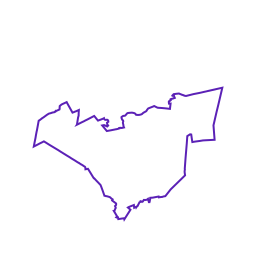 outline of General Zuazua, Nuevo León, Mexico, rotated 31°
{"feature_id": "50627088B30603722268617", "entity_name": "General Zuazua", "entity_type": "district", "adm_level": 2, "iso_a3": "MEX", "parent_name": "Mexico", "parent_adm1": "Nuevo León", "projection": "albers", "projection_center": [-100.161, 25.925], "detail": "fine", "context": "isolated", "style": "outline", "palette": "violet", "viewbox_px": 256, "rotation_deg": 31, "n_neighbors": 0, "source": "geoboundaries", "source_scale": "gbopen_adm2", "svg_char_len": 5377}
<svg xmlns="http://www.w3.org/2000/svg" viewBox="0 0 256 256"><g transform="rotate(31 128 128)"><path d="M48.0,168.6L49.3,172.0L51.2,177.1L51.5,178.1L52.8,181.6L53.8,184.1L55.5,188.9L56.8,192.4L57.1,191.9L58.3,190.0L59.0,188.9L60.0,187.2L62.0,184.1L62.8,182.8L63.1,182.8L64.9,182.8L69.4,182.9L72.0,182.9L76.6,182.9L79.7,182.9L82.5,183.0L89.5,183.1L93.1,183.1L94.9,183.2L97.0,183.2L99.1,183.2L101.8,183.3L102.3,183.3L102.7,183.3L103.1,183.3L103.7,183.2L103.8,183.2L104.1,183.2L104.2,183.3L104.5,183.3L104.9,183.3L105.4,183.3L106.0,183.3L106.3,183.4L107.0,183.3L108.7,183.3L109.2,183.4L111.0,183.4L111.3,183.5L111.5,183.6L111.7,183.8L111.9,184.0L112.0,184.2L112.3,184.5L112.8,185.3L114.7,183.6L119.0,185.8L121.1,186.9L123.0,187.9L124.6,188.7L124.9,188.5L126.9,189.1L128.3,189.5L130.2,190.0L133.8,191.0L135.4,192.2L138.0,194.3L142.7,198.2L143.1,198.0L143.6,197.9L144.1,197.8L144.4,197.6L144.7,197.5L145.0,197.4L146.0,197.1L146.4,197.0L146.8,196.9L147.6,196.7L147.9,196.7L148.5,196.6L149.5,196.9L149.9,197.0L150.0,197.0L151.4,197.1L151.6,197.1L151.7,198.3L152.7,198.4L156.5,198.8L156.8,199.0L157.0,199.2L157.1,199.5L157.3,199.9L157.4,200.2L157.1,201.6L158.1,202.3L158.4,202.5L158.7,203.1L158.7,204.2L158.9,205.3L159.1,206.0L158.6,206.4L164.4,209.5L164.0,210.6L164.3,210.6L165.5,209.8L166.6,211.1L167.0,210.8L167.3,210.5L167.9,210.0L168.3,209.7L169.1,209.0L171.1,207.4L171.9,208.2L172.2,196.8L168.9,196.2L169.4,195.3L171.3,192.8L171.8,192.2L172.7,191.0L174.4,193.2L175.6,191.3L175.9,191.6L175.9,191.2L176.3,190.4L176.4,190.1L176.1,185.7L176.6,185.1L177.1,184.5L177.6,184.1L177.4,184.0L177.7,183.9L178.1,184.0L178.3,183.4L178.4,183.2L178.6,183.1L178.6,181.5L179.9,180.8L181.2,179.7L181.4,178.9L181.6,178.4L184.1,180.8L184.6,180.5L184.3,179.4L184.0,178.8L183.8,178.1L183.7,177.7L183.4,177.2L183.0,176.4L183.8,175.8L184.9,175.1L186.7,173.5L189.6,170.9L189.9,171.1L190.2,171.5L191.8,170.2L192.1,170.0L192.2,169.9L193.0,169.3L193.5,168.6L193.7,168.4L195.1,167.2L196.2,158.6L201.3,139.2L199.6,137.1L198.9,136.1L198.4,135.0L198.2,134.4L197.6,133.6L192.7,123.9L186.3,110.9L183.0,104.4L184.3,101.8L184.5,101.4L184.9,101.4L185.2,101.3L185.3,101.2L185.0,100.4L185.7,101.2L189.1,105.4L190.4,106.9L191.3,106.1L193.1,104.6L196.0,102.3L198.7,100.0L208.3,93.5L199.9,81.7L195.6,68.5L193.5,61.7L188.1,44.9L170.9,61.4L166.8,65.1L161.3,70.6L160.2,71.1L159.3,71.3L158.8,71.4L158.7,71.3L158.4,71.4L158.0,71.5L157.7,71.5L157.4,71.7L156.6,71.8L155.8,71.9L155.3,72.0L154.8,72.1L153.9,72.2L153.3,72.7L152.7,73.1L152.3,73.4L151.8,73.8L150.2,75.1L149.7,75.5L149.4,77.2L149.3,77.4L149.4,77.5L149.5,77.5L149.9,76.9L150.2,76.6L150.4,76.3L150.6,76.5L151.1,77.0L151.7,77.5L152.6,78.1L151.7,79.2L149.8,81.2L149.7,81.4L149.6,81.6L149.7,81.8L149.8,82.0L150.3,82.3L150.1,82.8L149.8,83.5L149.4,83.9L149.5,84.6L150.6,86.0L151.9,85.1L154.1,90.0L153.2,90.4L150.1,91.8L147.6,93.0L145.4,94.1L144.1,94.8L143.2,95.2L142.8,95.4L142.7,95.4L139.1,95.7L138.3,96.9L137.5,97.9L135.5,100.5L135.2,101.0L135.1,101.8L135.0,102.7L135.0,103.5L135.0,104.0L134.9,104.3L134.7,104.7L134.4,105.1L134.1,105.8L133.6,106.5L133.2,107.4L132.8,108.8L132.5,109.3L132.1,109.8L131.1,110.8L130.4,111.3L129.8,111.7L129.4,111.9L128.4,112.4L128.1,112.5L128.0,112.4L127.6,112.3L127.2,112.1L126.8,112.0L126.6,112.0L126.2,112.0L125.9,112.0L125.5,112.1L125.1,112.2L124.8,112.3L124.3,112.5L124.0,112.6L123.5,112.8L122.9,113.2L121.9,113.9L120.7,114.8L120.0,115.4L119.8,115.8L119.6,116.3L119.6,116.7L119.3,118.4L119.2,118.7L119.1,118.9L119.0,119.1L118.6,119.4L117.9,119.9L117.6,120.2L117.2,121.0L116.8,122.0L117.1,122.5L117.3,122.7L117.6,123.0L117.8,123.2L118.1,123.4L118.6,123.8L118.8,123.9L119.1,124.0L119.6,124.0L119.9,124.1L120.0,124.2L120.4,124.6L120.5,124.8L120.6,125.0L120.6,125.3L120.7,125.6L120.8,125.9L121.2,126.5L121.8,127.1L122.2,127.5L122.5,127.8L122.8,128.3L123.1,128.6L123.6,129.1L124.0,129.4L124.3,129.6L122.5,131.3L121.9,131.5L121.3,131.8L121.2,132.0L120.9,132.1L120.5,132.5L120.8,132.8L119.8,133.9L119.7,134.0L118.5,135.2L118.3,135.3L116.9,136.6L115.9,137.5L114.6,138.7L111.4,141.5L108.9,140.6L104.6,139.1L106.0,137.8L109.4,137.4L109.7,136.1L108.4,135.6L107.3,134.3L107.8,133.0L107.9,132.8L107.8,132.7L107.6,132.3L107.4,132.1L107.2,131.9L106.8,131.7L106.5,131.6L106.2,131.6L105.8,131.7L105.6,131.8L105.4,132.0L104.7,132.5L104.3,132.7L103.9,132.8L103.5,132.7L102.9,132.6L102.5,132.4L102.3,132.1L101.8,132.9L101.4,133.4L100.1,135.1L99.1,136.3L98.5,137.1L96.4,136.4L94.3,135.6L92.8,135.1L90.6,138.7L88.5,142.1L87.5,143.6L86.9,144.7L85.3,147.1L83.3,150.3L82.5,151.5L82.5,151.4L79.8,144.7L79.3,142.8L79.1,142.5L77.8,140.2L76.6,137.9L74.8,140.5L74.5,140.8L74.1,141.3L73.7,141.9L72.5,143.4L62.7,137.8L62.1,137.4L60.2,140.2L59.5,141.2L59.0,142.0L58.9,142.2L58.8,142.5L58.2,144.2L58.2,144.4L58.3,144.5L58.5,145.0L58.8,145.5L58.9,145.8L59.1,146.1L59.2,146.3L59.3,146.4L59.3,146.5L59.5,146.8L59.7,147.3L59.7,147.5L59.2,148.1L59.1,148.3L59.0,148.5L58.9,148.6L58.4,149.3L57.5,150.6L57.3,150.6L57.3,150.9L57.2,151.1L57.1,151.3L57.0,151.5L56.9,151.7L56.9,152.0L57.0,152.0L56.9,152.2L56.7,152.4L56.6,152.5L56.4,152.7L56.0,153.0L55.8,153.2L55.7,153.3L55.4,153.6L55.2,153.7L54.8,154.2L54.8,154.3L53.8,155.4L53.0,156.2L52.6,156.7L52.5,156.9L52.2,157.6L51.8,158.3L50.8,160.7L50.5,161.4L50.2,162.1L50.1,162.4L49.9,162.8L49.4,163.7L49.3,163.9L49.3,164.1L48.0,167.3L47.9,167.4L47.8,167.6L47.7,167.7L48.0,168.6Z" fill="none" stroke="#5b21b6" stroke-width="2"/></g></svg>